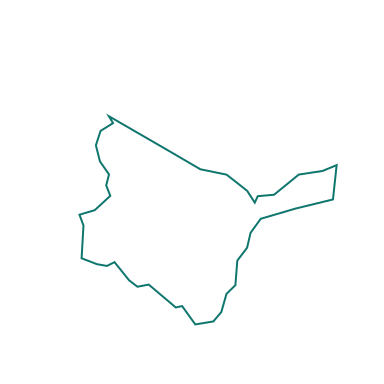 outline of Warren, Georgia, United States of America, rotated 319°
{"feature_id": "52423323B82578708002026", "entity_name": "Warren", "entity_type": "district", "adm_level": 2, "iso_a3": "USA", "parent_name": "United States of America", "parent_adm1": "Georgia", "projection": "orthographic", "projection_center": [-82.674, 33.431], "detail": "fine", "context": "isolated", "style": "outline", "palette": "teal", "viewbox_px": 384, "rotation_deg": 319, "n_neighbors": 0, "source": "geoboundaries", "source_scale": "gbopen_adm2", "svg_char_len": 668}
<svg xmlns="http://www.w3.org/2000/svg" viewBox="0 0 384 384"><g transform="rotate(319 192 192)"><path d="M72.9,184.1L79.3,192.0L87.5,194.1L86.6,217.5L88.7,227.7L98.6,233.5L104.0,268.5L109.7,271.6L107.6,294.1L123.2,303.7L135.4,301.8L151.2,291.5L163.6,290.8L181.2,273.5L197.0,270.2L209.5,261.2L226.3,257.3L259.4,272.5L293.5,290.1L318.8,266.6L304.4,261.8L284.0,248.9L252.1,247.9L238.9,238.3L232.4,241.2L234.4,227.4L230.4,206.2L229.5,201.6L213.2,180.3L201.2,144.9L179.0,80.3L177.6,88.2L163.1,85.9L150.1,93.7L142.6,108.5L140.9,124.3L131.6,130.7L127.8,141.3L106.7,141.9L92.2,135.3L88.1,146.1L65.2,169.6L72.9,184.1Z" fill="none" stroke="#0f766e" stroke-width="2"/></g></svg>